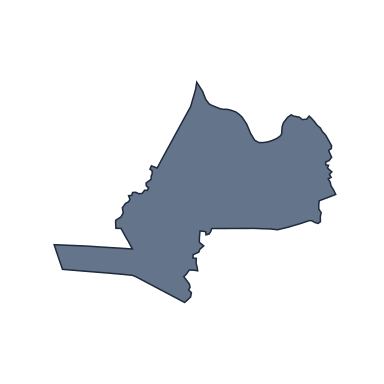 the district of Canhotinho, Pernambuco, Brazil, rotated 255°
{"feature_id": "56859067B30065797041246", "entity_name": "Canhotinho", "entity_type": "district", "adm_level": 2, "iso_a3": "BRA", "parent_name": "Brazil", "parent_adm1": "Pernambuco", "projection": "natural_earth1", "projection_center": [-36.177, -8.872], "detail": "fine", "context": "isolated", "style": "filled", "palette": "slate", "viewbox_px": 384, "rotation_deg": 255, "n_neighbors": 0, "source": "geoboundaries", "source_scale": "gbopen_adm2", "svg_char_len": 2030}
<svg xmlns="http://www.w3.org/2000/svg" viewBox="0 0 384 384"><g transform="rotate(255 192 192)"><path d="M139.0,248.2L135.9,258.5L133.4,264.7L133.1,276.0L133.3,281.9L133.4,288.0L134.0,297.7L133.3,300.2L130.8,302.7L129.0,305.6L130.0,308.3L135.3,309.7L138.5,311.4L142.8,310.1L147.4,311.3L150.6,312.7L152.4,330.2L157.2,329.3L161.9,327.9L166.1,328.0L169.4,326.9L170.1,330.2L173.5,329.3L175.3,332.3L178.3,330.2L180.3,329.1L182.4,330.8L183.6,328.2L186.3,328.9L186.8,332.5L189.4,335.9L191.6,335.5L196.8,334.7L197.9,337.8L200.5,338.8L204.6,337.8L208.5,336.8L212.4,335.8L216.7,333.5L220.5,332.6L224.1,330.1L227.8,328.7L232.4,326.4L235.0,324.8L232.7,321.6L233.4,317.3L236.5,315.1L239.1,309.7L240.9,307.8L239.4,303.8L235.3,298.3L231.6,295.9L224.9,293.6L223.2,291.6L221.8,287.9L221.0,282.7L220.8,277.5L221.5,272.7L222.5,269.3L225.9,265.9L233.8,263.7L243.5,262.4L251.5,259.7L255.0,257.5L258.2,254.8L261.1,250.5L262.9,247.0L263.7,243.9L265.2,240.7L270.5,233.6L272.7,231.3L278.0,229.2L286.4,228.3L296.8,225.0L290.1,222.0L274.9,212.8L252.6,191.5L231.9,171.8L229.9,169.9L226.4,166.7L224.2,164.5L227.8,159.6L225.0,157.3L222.8,159.0L219.8,158.2L217.9,156.7L214.8,155.7L212.6,150.0L209.7,149.4L207.3,151.1L205.1,149.1L206.0,146.7L203.5,143.5L204.1,140.2L206.3,137.6L206.9,134.5L204.3,132.8L204.9,129.8L200.8,130.1L199.0,128.2L198.2,124.8L196.5,122.8L194.8,120.6L189.7,120.2L186.3,116.9L184.5,111.1L182.4,110.3L176.6,109.1L175.2,114.0L164.2,116.7L161.3,117.6L152.4,119.6L156.6,107.3L163.6,86.3L164.6,83.5L167.2,75.8L176.8,45.2L169.6,45.6L150.8,46.9L143.4,67.5L135.0,91.1L129.7,105.6L126.9,112.9L124.9,115.6L87.2,156.3L88.8,159.6L91.0,163.5L94.9,165.4L98.3,163.4L100.5,165.5L103.9,165.6L112.4,162.2L114.0,165.2L117.4,169.2L115.8,173.9L114.4,177.1L118.3,177.5L122.1,177.5L126.8,179.0L128.0,175.8L131.1,176.9L132.2,183.1L134.6,184.7L136.9,189.4L141.4,186.1L143.8,186.7L146.1,187.4L148.6,188.3L152.3,189.7L150.2,194.9L147.0,194.4L147.0,197.6L149.0,199.9L151.6,201.6L140.6,243.2L139.0,248.2Z" fill="#64748b" stroke="#1e293b" stroke-width="1.5"/></g></svg>